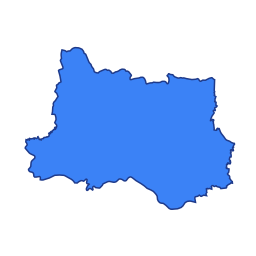 the district of Dong Trieu, Quảng Ninh, Vietnam, rotated 354°
{"feature_id": "81297802B3249391660958", "entity_name": "Dong Trieu", "entity_type": "district", "adm_level": 2, "iso_a3": "VNM", "parent_name": "Vietnam", "parent_adm1": "Quảng Ninh", "projection": "orthographic", "projection_center": [106.583, 21.119], "detail": "fine", "context": "isolated", "style": "filled", "palette": "blue", "viewbox_px": 256, "rotation_deg": 354, "n_neighbors": 0, "source": "geoboundaries", "source_scale": "gbopen_adm2", "svg_char_len": 5821}
<svg xmlns="http://www.w3.org/2000/svg" viewBox="0 0 256 256"><g transform="rotate(354 128 128)"><path d="M35.3,170.3L36.3,170.6L38.1,170.8L44.5,169.5L50.2,167.4L55.0,167.6L59.4,168.4L60.5,169.0L66.3,173.1L67.4,174.1L68.5,175.5L69.2,177.0L71.7,177.4L73.4,176.3L75.8,175.4L77.3,175.7L78.1,176.2L78.5,176.2L80.9,174.5L81.5,174.6L81.9,175.2L81.1,178.0L81.2,178.6L81.7,179.2L83.0,179.4L83.5,179.8L81.7,181.4L80.3,183.8L80.2,185.0L80.5,185.6L80.8,185.8L81.6,185.6L82.8,184.4L83.6,184.2L84.5,184.4L85.3,185.0L86.2,186.0L86.5,185.9L86.8,185.4L86.6,184.6L86.7,183.3L86.8,183.0L87.7,182.4L88.2,182.4L89.6,183.9L93.0,184.7L93.5,184.7L94.1,184.4L96.5,182.3L97.4,180.9L102.4,179.2L104.0,179.2L107.8,180.4L109.3,180.5L110.8,180.1L113.7,177.9L114.7,177.8L116.6,178.5L118.7,180.2L120.2,180.3L120.9,179.9L122.6,178.1L123.4,177.4L125.0,176.9L125.6,176.9L127.0,177.8L130.5,181.2L135.2,184.7L138.2,187.3L140.7,190.0L144.2,192.0L146.6,193.7L148.5,196.2L149.5,197.9L149.9,199.0L149.9,202.2L150.5,203.9L151.6,205.4L152.8,206.1L155.3,206.7L157.6,208.8L160.5,212.3L161.8,213.1L163.2,213.4L168.9,213.5L172.5,212.6L174.4,211.3L177.0,208.2L179.2,207.2L181.3,207.1L182.7,207.3L187.4,209.0L187.1,204.7L187.3,204.1L187.8,203.4L190.2,203.2L191.9,202.2L193.3,203.5L193.9,203.6L196.2,202.7L199.1,203.5L198.6,201.8L198.9,201.1L199.7,200.4L199.7,200.0L199.4,199.0L199.9,197.6L199.5,197.1L199.6,196.6L200.5,196.4L201.8,196.9L202.5,196.6L204.9,197.6L205.0,196.2L204.7,195.1L205.6,194.1L206.6,194.2L207.5,195.1L208.0,195.2L209.4,194.7L209.7,194.8L210.0,195.3L210.8,195.8L213.2,196.6L214.0,198.0L219.4,197.9L220.1,196.9L219.9,196.5L219.9,196.1L222.2,194.6L223.4,194.3L224.7,193.3L225.0,193.3L225.5,193.7L226.1,193.8L226.1,192.1L225.2,191.3L224.3,189.4L223.7,188.9L224.1,187.4L223.8,186.2L222.7,185.1L222.2,184.3L222.2,183.9L223.4,182.7L223.9,181.1L224.2,179.3L221.7,178.5L221.6,177.8L222.1,177.6L221.9,176.9L222.1,175.8L222.3,175.2L222.2,174.7L222.6,174.4L223.2,174.5L223.2,173.8L223.6,173.7L223.7,173.2L224.1,173.3L225.0,174.2L226.0,174.2L226.5,172.7L225.9,172.4L225.9,172.1L226.4,171.4L226.3,171.0L225.5,170.1L225.5,169.8L226.2,167.7L226.6,167.5L227.4,167.6L227.7,166.7L227.7,164.4L227.3,164.0L227.4,163.2L227.9,163.0L228.1,162.6L227.7,161.5L227.6,160.8L228.0,160.5L228.9,160.3L229.0,160.9L229.8,161.1L230.0,161.7L230.5,161.4L230.2,158.9L230.0,158.3L230.2,158.1L230.9,158.1L230.8,157.3L231.3,156.3L231.3,156.1L232.0,155.6L232.3,155.1L232.0,154.3L231.2,154.2L229.3,153.2L227.7,151.8L224.7,150.3L223.7,149.1L222.4,146.7L220.2,143.2L219.5,141.5L218.6,138.1L218.3,138.0L217.9,138.5L217.6,138.4L217.1,137.7L216.6,137.9L216.1,138.5L216.0,139.4L215.8,139.5L215.1,139.5L213.4,138.9L213.7,137.1L213.6,136.3L213.6,133.2L213.4,132.5L213.5,131.2L213.2,130.1L214.0,129.7L214.0,128.8L213.1,128.3L211.0,129.4L210.8,129.3L211.3,127.8L212.6,125.2L215.2,122.1L215.2,121.5L214.6,120.2L214.7,119.6L215.4,119.3L216.5,119.7L216.7,119.3L216.3,117.8L216.3,117.1L218.2,116.3L218.9,115.4L217.9,114.8L218.0,114.0L217.9,113.4L218.3,111.9L218.1,111.4L217.1,111.0L217.0,110.6L217.4,110.2L217.6,108.0L218.1,107.4L218.2,106.8L218.7,106.0L217.4,104.9L217.2,104.4L217.7,103.6L217.5,102.7L217.7,102.1L217.4,101.6L218.0,101.0L217.7,99.7L219.2,89.0L218.4,88.6L216.8,86.8L216.3,86.7L213.9,87.1L210.0,88.6L207.3,88.2L205.6,89.0L204.8,89.1L204.0,88.3L203.3,86.8L202.5,86.2L200.4,86.6L196.6,86.5L191.3,85.0L188.7,84.0L187.7,84.1L185.7,83.4L183.8,83.7L182.5,83.4L179.7,81.9L179.2,81.4L178.1,79.7L175.8,79.2L174.4,78.3L174.0,78.3L173.3,79.3L172.4,79.9L172.5,80.4L173.5,81.7L173.8,82.5L173.8,84.8L173.5,85.9L172.8,87.6L172.2,88.1L171.6,88.0L170.3,86.0L169.8,85.7L169.1,85.4L167.5,85.2L166.3,85.3L165.0,85.9L163.5,86.0L161.0,85.7L158.2,85.1L156.9,85.6L154.7,85.5L151.2,86.1L150.8,85.8L150.6,85.3L150.3,82.8L149.7,81.0L148.8,79.6L148.0,79.1L146.0,78.9L144.3,79.4L139.5,79.6L136.4,80.2L135.4,80.1L135.2,79.8L135.2,78.4L135.8,77.3L136.8,76.3L136.7,75.5L134.6,72.2L133.5,71.4L132.0,71.3L131.1,69.7L130.5,69.3L128.7,68.9L127.9,68.9L126.1,69.4L124.6,70.3L122.9,70.8L121.5,70.9L119.1,72.0L117.7,71.7L117.3,71.3L116.8,69.9L115.0,68.4L113.6,68.5L112.4,67.5L111.7,67.3L110.6,67.4L105.5,69.0L104.2,70.1L102.9,69.9L101.4,69.3L100.4,68.5L100.2,67.7L99.9,65.7L98.3,63.0L97.8,60.9L96.4,59.1L95.9,57.9L93.7,50.3L92.1,48.9L91.8,47.1L90.5,44.9L88.1,43.5L87.1,43.1L83.8,42.5L82.2,42.8L80.9,43.3L78.4,45.3L76.5,45.2L75.0,45.7L73.3,44.4L70.5,43.4L69.4,46.7L69.1,48.5L69.1,52.0L68.2,53.0L67.8,54.0L69.6,60.4L69.6,61.6L69.2,62.2L65.6,63.0L64.9,63.7L65.8,69.1L66.2,75.1L63.7,76.2L62.8,77.3L61.5,77.8L61.3,78.3L61.4,80.2L61.3,80.7L59.4,83.5L59.1,84.2L60.8,86.1L61.7,89.4L60.3,91.0L58.7,93.1L57.0,94.5L56.2,95.9L56.2,98.1L55.4,99.2L54.6,103.9L53.8,106.4L56.2,106.7L56.8,107.1L57.0,107.6L57.4,109.9L57.3,112.2L55.7,115.1L57.3,117.6L57.3,118.9L56.9,119.5L56.8,120.2L56.6,120.3L56.2,119.6L55.6,119.6L55.1,120.0L55.0,120.4L56.0,121.1L55.7,121.7L55.4,121.8L53.7,121.8L53.3,122.5L52.2,123.0L52.1,124.0L51.7,124.4L50.9,123.6L50.4,124.0L50.3,125.0L49.5,124.6L48.9,124.8L48.7,125.2L49.5,125.4L49.7,125.7L49.0,126.1L48.7,126.9L48.7,127.5L48.4,127.9L47.1,128.5L46.5,128.2L45.9,128.6L43.4,128.7L42.7,129.7L41.7,129.6L40.9,130.0L40.2,130.0L40.3,130.7L38.5,130.1L38.4,128.9L38.0,128.4L37.6,127.2L37.3,127.3L36.9,128.4L36.2,128.9L35.5,128.8L34.7,128.2L33.3,128.1L33.2,128.3L33.8,128.8L33.7,129.1L32.2,128.5L30.3,128.7L28.9,128.0L28.5,128.4L28.8,129.4L28.7,129.7L28.2,129.5L27.5,128.7L27.1,128.7L26.6,129.4L25.4,128.9L24.9,131.2L25.6,132.3L26.0,134.0L25.7,134.6L23.9,136.4L23.7,137.4L27.2,142.5L28.2,143.4L31.8,145.6L32.3,146.3L32.4,147.1L32.1,148.2L31.9,148.4L29.2,150.4L28.4,151.3L28.0,152.3L27.3,156.0L26.4,157.2L24.8,158.6L24.7,159.3L25.1,160.3L25.5,160.9L26.1,161.3L28.1,162.0L29.0,162.8L29.3,163.6L29.4,166.2L30.0,167.0L31.4,167.2L34.9,167.0L35.4,167.4L35.7,168.3L35.3,170.3Z" fill="#3b82f6" stroke="#1e3a8a" stroke-width="1.5"/></g></svg>